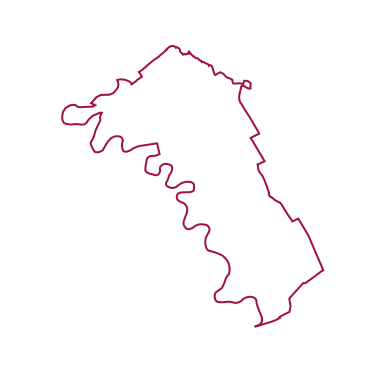 Saucesti, Bacau, Romania, rotated 165°
{"feature_id": "2599482B67210416797402", "entity_name": "Saucesti", "entity_type": "district", "adm_level": 2, "iso_a3": "ROU", "parent_name": "Romania", "parent_adm1": "Bacau", "projection": "robinson", "projection_center": [26.939, 46.661], "detail": "fine", "context": "isolated", "style": "outline", "palette": "rose", "viewbox_px": 384, "rotation_deg": 165, "n_neighbors": 0, "source": "geoboundaries", "source_scale": "gbopen_adm2", "svg_char_len": 6064}
<svg xmlns="http://www.w3.org/2000/svg" viewBox="0 0 384 384"><g transform="rotate(165 192 192)"><path d="M298.0,298.0L298.3,296.9L298.4,295.8L298.5,295.0L298.4,294.4L298.0,292.4L297.5,291.4L296.8,290.9L294.8,289.9L293.3,289.2L291.8,288.6L290.6,288.4L287.8,287.9L286.1,287.5L283.4,286.5L281.3,285.6L278.7,285.3L277.2,285.5L275.6,286.5L273.1,288.7L269.2,290.8L268.1,291.3L262.7,292.1L260.9,292.3L259.6,292.3L258.6,291.9L259.4,291.1L261.0,289.1L261.6,287.1L262.0,285.0L265.5,280.9L269.3,276.3L272.1,271.5L275.3,267.6L276.7,266.5L277.4,264.7L277.1,261.7L276.3,258.3L275.7,256.2L274.0,255.0L271.0,254.6L267.6,255.3L262.0,260.9L259.2,263.1L256.1,265.0L252.2,265.7L249.0,265.0L246.6,263.8L245.6,261.9L245.3,259.8L246.8,257.2L247.8,254.3L248.0,252.1L247.9,249.9L247.0,248.6L244.3,247.8L240.7,248.2L236.6,249.6L231.3,250.1L223.7,249.2L213.1,248.1L213.5,237.0L218.5,236.5L221.7,237.3L224.0,237.4L226.1,236.4L227.5,234.8L228.5,232.3L230.0,229.4L231.0,226.6L231.5,224.5L230.2,222.2L227.8,220.5L225.5,219.3L223.5,217.9L221.9,217.4L220.1,217.6L218.6,218.7L217.6,219.9L217.2,221.5L217.0,223.3L215.8,224.8L214.0,225.8L211.5,226.3L208.8,225.5L206.6,224.2L205.4,223.1L204.8,221.8L205.0,220.0L205.8,218.2L207.2,216.1L209.7,214.0L211.5,211.2L213.0,209.2L214.7,207.5L215.1,206.2L214.9,204.7L213.8,203.3L212.0,201.9L210.1,201.0L207.9,200.7L205.9,201.0L203.4,202.1L201.1,202.9L198.7,203.5L194.8,203.3L192.2,202.6L190.2,201.6L189.2,200.8L188.4,199.5L188.3,197.9L188.8,196.0L189.3,194.3L190.1,193.0L191.7,192.4L193.7,192.3L202.0,194.3L204.4,194.4L206.2,193.9L207.6,192.2L208.2,190.3L208.1,188.6L207.3,187.1L205.3,185.1L203.0,183.5L201.9,182.1L201.1,180.2L200.8,178.4L201.2,176.1L202.5,172.9L204.2,170.8L205.9,168.3L207.5,166.0L208.2,164.2L208.6,162.4L207.6,159.3L206.3,157.5L204.5,156.8L202.7,156.9L200.3,157.3L197.9,158.4L194.6,158.9L191.7,158.6L188.3,157.3L186.3,156.3L185.2,154.6L184.7,152.9L184.7,151.2L185.9,149.1L188.1,146.9L189.7,145.2L191.0,143.2L191.7,141.5L192.3,139.7L192.7,137.0L192.6,134.1L192.0,132.2L190.6,130.7L188.4,129.5L185.3,127.6L181.7,125.1L178.9,122.5L177.4,120.2L176.9,119.3L175.8,116.9L175.1,113.3L175.2,109.8L176.0,106.5L177.5,103.2L179.7,101.7L181.6,99.8L183.1,97.7L184.5,95.5L186.3,93.4L187.9,91.6L191.6,90.1L194.8,88.9L195.9,88.0L196.9,86.1L197.4,83.9L197.3,81.9L196.7,80.2L195.5,79.1L193.6,78.3L191.0,77.6L185.2,76.6L183.6,76.1L181.5,75.0L179.7,74.0L177.7,73.4L175.1,73.4L172.4,74.0L171.0,75.1L167.9,76.0L165.2,76.1L162.5,75.7L160.1,74.4L158.5,72.9L157.9,71.5L158.1,69.5L158.4,67.3L158.3,64.9L157.7,58.7L157.2,55.0L157.0,52.2L158.0,48.7L160.2,46.8L161.6,46.3L166.7,45.7L163.3,45.6L149.0,46.1L143.6,46.7L139.8,47.6L140.0,48.5L136.7,49.4L132.9,50.2L128.9,51.0L127.7,53.0L127.4,54.1L126.7,55.3L126.4,56.1L125.8,62.1L125.5,64.0L108.1,75.3L106.1,74.6L95.0,78.9L87.9,81.8L85.5,82.3L85.5,82.5L86.1,87.2L86.7,90.9L87.2,94.7L88.4,102.4L88.9,106.4L89.9,113.1L90.5,117.9L90.8,119.5L93.2,128.2L94.1,131.5L95.8,137.2L96.2,138.8L102.7,137.6L103.4,140.1L104.0,141.6L105.5,145.8L106.7,149.8L107.0,150.7L107.4,152.0L107.6,152.9L108.6,156.4L109.1,157.7L109.7,158.8L111.0,159.8L113.8,162.6L114.1,163.0L114.8,163.8L115.0,164.2L115.2,164.4L115.3,164.7L116.1,165.8L116.9,166.7L117.8,167.2L118.3,168.9L118.1,171.2L117.8,171.4L117.7,171.7L117.8,172.1L118.0,174.0L118.2,175.7L118.2,177.6L118.3,178.7L118.5,179.9L118.9,184.5L119.2,186.0L119.6,188.4L120.0,190.0L121.3,192.8L122.1,195.5L122.1,196.1L121.7,199.2L121.6,200.0L121.5,201.8L120.4,201.7L113.9,202.9L119.4,222.4L119.8,223.9L120.3,225.6L120.5,226.3L121.3,229.1L112.1,231.0L112.2,232.4L112.6,233.8L113.4,236.6L116.2,246.9L116.8,248.8L117.4,250.8L119.7,258.0L121.4,264.0L122.0,265.7L122.3,266.9L122.4,267.8L122.5,268.7L122.2,269.3L122.0,270.8L121.7,272.2L121.3,273.0L120.9,274.0L117.7,280.0L117.4,280.6L117.0,281.3L116.2,281.6L115.6,281.3L115.3,281.8L114.9,281.6L115.2,281.2L114.3,280.7L113.7,280.3L113.2,279.7L112.8,279.2L112.4,278.7L111.5,278.2L110.9,277.6L110.8,277.3L110.7,277.3L110.4,277.4L110.1,277.3L109.8,276.9L108.6,276.9L108.3,278.6L107.9,279.9L107.4,280.9L107.3,281.9L107.9,283.0L108.5,283.8L109.8,284.9L110.6,285.3L111.2,285.5L112.1,285.6L112.8,285.9L114.5,283.2L115.8,283.8L116.4,284.0L117.5,284.6L119.1,285.0L120.5,285.1L122.4,285.7L122.9,285.7L124.1,286.2L124.3,287.4L124.3,288.2L124.0,290.0L124.3,290.1L124.5,290.2L125.8,291.8L126.8,292.3L128.2,293.3L129.3,294.4L129.8,295.3L130.3,296.4L131.0,298.0L132.6,299.3L133.6,300.3L135.3,300.0L139.2,299.0L139.3,299.5L139.9,300.1L139.7,300.5L139.7,300.9L139.8,301.5L139.9,302.2L140.1,304.7L140.0,305.9L140.1,306.5L140.1,307.5L140.3,308.5L140.8,309.2L141.8,310.0L143.1,309.5L143.1,310.5L143.3,311.0L143.5,311.3L144.1,311.9L145.1,312.5L146.3,313.5L146.8,314.2L147.3,314.7L148.2,314.8L148.8,314.9L148.8,315.4L149.0,315.6L149.3,315.8L149.2,316.2L149.2,316.5L150.3,317.1L151.0,317.8L151.1,318.1L151.5,319.2L151.7,319.5L153.3,320.3L154.4,321.0L154.8,322.1L155.7,323.2L156.0,323.1L157.0,325.0L157.3,325.8L158.1,327.5L158.5,328.5L159.1,328.2L159.2,326.4L161.5,326.8L162.1,326.5L162.8,326.6L163.6,327.4L164.1,327.1L165.2,327.0L165.3,327.4L165.3,327.7L165.5,328.2L166.4,329.2L166.7,329.6L166.8,330.2L166.9,330.9L167.1,331.1L166.8,331.8L166.9,332.6L167.0,333.3L167.4,334.0L168.3,335.2L169.3,335.9L169.8,335.5L170.2,335.4L170.3,335.5L170.2,335.7L170.2,336.0L170.5,336.3L171.1,337.0L171.8,337.5L173.9,338.4L175.6,338.0L176.0,338.2L180.2,336.1L180.0,335.8L184.7,333.5L187.6,332.2L189.1,331.3L191.0,330.6L193.1,329.9L195.1,329.2L201.1,326.5L203.0,325.6L204.5,324.6L206.7,323.8L207.5,323.3L208.8,322.8L210.6,322.2L211.3,321.6L212.2,321.6L211.1,318.5L210.5,316.4L211.4,316.0L216.2,314.3L217.5,313.5L219.1,313.0L220.9,312.2L221.6,311.9L222.2,311.6L222.5,311.6L222.5,312.5L222.8,313.3L223.5,314.5L224.4,315.4L225.4,316.1L227.1,317.4L228.4,318.0L231.1,319.1L232.9,319.5L235.3,319.5L235.0,316.9L235.3,314.7L236.2,312.8L236.8,312.0L238.3,310.6L241.2,308.7L243.1,307.7L246.9,307.4L254.8,309.3L259.4,308.5L266.5,303.9L263.0,300.9L265.8,300.2L272.5,301.7L277.5,302.7L279.6,303.4L282.7,306.6L287.5,307.3L292.5,305.8L296.0,302.6L298.0,298.0Z" fill="none" stroke="#9f1239" stroke-width="2"/></g></svg>